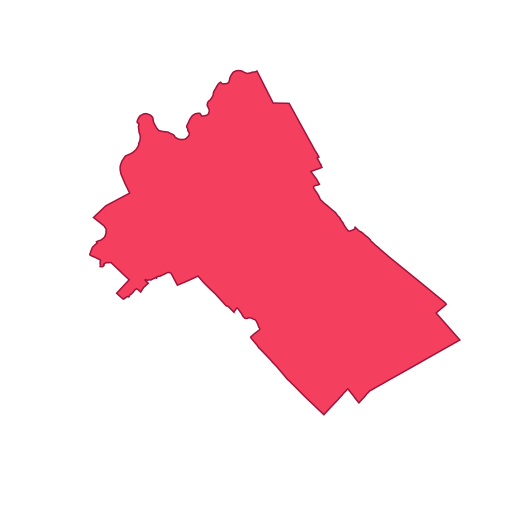 the district of Curtisoara, Olt, Romania, rotated 63°
{"feature_id": "2599482B14580718178390", "entity_name": "Curtisoara", "entity_type": "district", "adm_level": 2, "iso_a3": "ROU", "parent_name": "Romania", "parent_adm1": "Olt", "projection": "orthographic", "projection_center": [24.348, 44.485], "detail": "fine", "context": "isolated", "style": "filled", "palette": "rose", "viewbox_px": 512, "rotation_deg": 63, "n_neighbors": 0, "source": "geoboundaries", "source_scale": "gbopen_adm2", "svg_char_len": 6059}
<svg xmlns="http://www.w3.org/2000/svg" viewBox="0 0 512 512"><g transform="rotate(63 256 256)"><path d="M170.9,391.8L171.7,391.7L172.4,391.7L172.7,393.5L173.8,397.3L174.3,398.2L175.6,399.7L177.5,401.7L179.4,403.6L181.1,402.6L184.8,399.5L185.4,399.1L188.8,396.5L189.8,396.9L190.6,397.6L191.7,398.2L192.7,398.6L193.6,398.8L194.2,399.2L194.6,399.7L195.3,398.8L195.9,397.6L195.8,396.9L195.3,395.5L194.3,395.5L193.8,392.9L196.2,388.0L196.6,388.0L200.1,386.7L209.3,383.5L209.7,383.4L219.6,379.8L225.9,397.1L229.4,395.8L234.1,393.9L234.3,393.6L234.3,392.8L234.2,392.3L233.9,391.8L234.1,391.2L233.8,390.5L233.7,389.9L233.6,389.3L234.6,388.3L234.7,388.1L234.5,387.5L234.3,387.2L234.1,386.8L233.7,386.4L233.4,386.0L233.3,385.5L233.3,384.5L232.9,383.3L232.6,382.1L232.2,381.5L231.4,379.6L230.9,377.8L230.9,377.4L232.1,376.6L232.5,376.4L235.8,375.1L234.8,373.5L234.1,372.3L233.1,370.6L232.2,367.4L231.9,366.2L231.7,365.5L231.4,364.3L229.8,364.9L228.4,365.5L227.4,365.8L227.0,365.7L226.9,365.6L226.8,365.3L226.8,365.1L227.0,364.9L227.7,364.5L228.4,363.8L228.4,363.3L228.7,362.4L229.2,361.5L229.7,360.4L229.6,358.0L229.8,357.3L229.7,357.1L229.6,356.2L229.6,355.3L229.7,355.1L230.1,355.0L230.5,355.0L230.6,354.9L230.7,354.7L230.4,354.4L230.1,354.2L229.8,354.0L229.6,353.6L229.6,353.4L229.7,353.2L229.8,352.2L230.2,351.2L230.5,350.3L230.4,349.9L230.5,348.2L230.6,344.7L230.5,342.8L231.0,341.4L231.1,341.2L231.5,340.7L232.7,339.5L246.3,339.3L247.1,328.8L247.6,316.7L253.2,315.4L256.9,314.4L264.8,311.8L271.2,309.5L277.5,307.7L286.9,305.2L287.6,304.3L288.7,303.5L295.6,301.4L296.2,301.1L295.8,300.8L294.1,297.7L293.7,296.7L293.7,296.4L293.9,296.2L297.6,295.5L299.0,295.4L299.5,295.2L301.3,295.0L302.9,295.1L303.9,294.9L304.3,294.9L304.8,294.7L305.2,294.5L305.5,294.3L306.0,294.3L306.5,294.1L306.9,293.6L307.6,292.5L307.7,291.9L307.7,291.5L307.7,290.7L307.8,290.2L308.4,289.4L308.8,288.9L309.2,288.3L309.9,287.8L310.9,287.1L312.2,285.9L312.6,285.7L314.2,285.3L317.3,285.4L317.9,285.4L320.5,285.8L321.0,285.8L321.8,285.6L322.5,285.7L323.0,286.0L323.3,286.4L323.7,288.2L324.6,293.2L325.7,297.3L325.8,297.6L326.8,297.6L331.1,296.7L334.9,295.8L335.5,295.6L338.4,295.3L339.4,295.1L341.1,294.4L354.8,290.3L357.2,289.7L358.0,289.6L363.4,287.9L377.0,284.7L377.6,284.6L378.8,284.4L380.9,283.7L383.8,282.6L385.6,282.1L388.0,281.2L398.5,277.9L404.9,275.8L415.3,272.1L421.4,270.0L424.1,269.0L428.2,267.6L424.8,258.3L422.6,252.1L422.0,250.2L420.4,246.1L419.0,242.3L418.1,240.4L417.6,238.9L416.1,234.5L425.2,232.6L428.4,232.1L433.6,231.0L432.1,227.2L430.7,223.2L430.0,221.6L429.2,220.1L428.6,218.0L427.8,215.8L427.8,214.8L427.8,213.3L427.5,208.7L427.3,203.4L427.2,200.3L427.0,197.4L425.4,158.1L425.0,150.6L423.4,112.5L388.6,121.4L387.7,117.9L386.1,111.0L385.4,108.4L384.3,108.5L383.0,108.9L353.7,121.7L317.6,137.7L304.5,143.1L304.4,143.0L300.6,144.7L299.9,144.9L298.4,145.5L296.2,146.2L295.1,146.8L294.7,146.9L293.5,146.8L291.0,147.6L289.9,148.0L288.0,149.0L286.1,149.8L285.2,150.1L284.3,150.3L282.7,151.5L282.0,151.4L281.4,152.2L281.0,152.5L280.6,152.7L278.6,153.5L275.3,154.6L275.5,154.9L276.5,155.5L276.7,155.8L276.7,156.0L276.8,156.6L276.7,157.4L276.7,157.9L276.7,158.9L276.5,160.0L276.4,161.3L275.9,162.0L275.6,162.3L274.7,162.5L273.0,163.0L268.1,163.5L267.1,163.5L266.5,163.4L265.5,163.5L263.8,163.8L263.1,164.0L261.7,164.0L261.3,164.0L261.0,163.9L260.0,164.1L259.2,164.2L258.0,164.7L256.3,165.1L255.0,165.2L253.4,165.5L248.8,167.5L247.7,167.9L245.7,168.8L243.7,169.5L241.8,170.4L241.2,170.8L240.1,171.2L238.8,171.7L236.8,172.3L235.7,172.8L235.2,172.9L234.8,173.0L233.5,173.0L231.8,172.8L231.3,172.8L228.3,173.0L226.7,173.1L224.5,173.5L223.6,173.5L221.5,173.8L221.0,173.7L220.1,172.6L220.0,172.3L220.1,171.9L220.3,170.8L220.4,170.2L220.9,168.1L221.0,166.9L220.8,166.8L218.4,167.2L218.2,167.2L217.5,167.0L214.9,167.2L207.2,168.5L205.6,168.8L206.4,162.3L206.7,160.3L207.0,157.0L204.2,156.9L204.2,156.7L203.8,156.7L203.8,156.9L202.0,156.9L199.7,156.9L196.4,157.0L196.4,155.0L192.0,155.2L190.8,155.3L189.5,155.5L135.0,157.2L127.5,171.3L91.6,171.2L91.6,172.8L91.3,174.0L91.0,174.8L90.5,175.7L90.4,176.2L90.6,176.7L90.4,177.7L90.0,178.7L89.6,180.5L88.9,181.4L87.2,183.0L85.3,184.2L84.1,185.4L83.2,186.8L82.5,188.0L82.0,189.6L81.9,190.9L81.8,192.1L82.3,193.8L83.6,196.0L84.9,197.8L86.3,199.2L87.1,199.6L88.2,200.7L88.6,201.2L89.1,202.0L89.0,203.9L88.3,205.7L87.6,207.5L87.1,208.0L86.3,208.4L85.2,208.5L85.0,208.8L85.1,209.5L85.2,210.3L85.6,211.3L86.5,213.2L88.8,216.5L89.7,218.1L90.7,219.4L92.1,220.5L93.0,220.9L94.1,222.3L96.1,225.8L96.3,226.5L96.5,228.0L97.3,229.3L98.3,230.3L99.2,230.9L100.8,231.3L101.3,231.1L102.2,231.1L103.0,231.3L104.1,231.2L105.6,231.8L107.2,233.3L107.8,234.1L108.2,235.1L108.2,235.9L108.0,236.9L107.6,238.7L107.1,239.8L106.9,240.5L106.5,241.0L105.5,240.9L104.4,241.0L103.5,241.2L102.8,242.1L102.2,243.9L101.7,245.8L102.0,248.9L102.4,249.7L104.0,252.7L107.9,257.6L108.3,258.3L108.8,258.8L109.2,259.0L109.7,259.2L110.2,259.3L111.5,259.0L113.3,259.8L113.8,259.8L116.2,259.6L118.1,260.9L119.3,263.9L119.7,266.3L119.1,268.0L118.1,269.9L116.6,272.1L114.5,273.5L113.1,274.2L111.7,274.1L109.9,274.9L107.4,277.0L105.9,277.9L105.0,279.0L104.1,280.5L103.5,281.3L102.6,282.7L101.2,284.4L99.8,285.8L96.4,286.5L90.9,286.6L88.0,285.9L86.9,285.4L85.6,285.2L83.8,285.6L82.1,286.4L79.5,288.9L78.8,290.3L78.4,291.4L78.4,294.2L78.6,296.0L79.5,297.7L81.3,300.0L82.5,301.1L83.1,301.2L83.7,301.1L84.2,300.6L84.7,300.3L85.7,300.7L87.4,302.1L93.1,304.1L95.1,304.3L97.1,304.9L100.4,307.0L102.6,309.6L104.0,310.2L105.4,312.3L106.8,314.7L107.9,319.1L107.9,322.2L107.6,327.0L110.5,332.3L112.8,334.8L114.8,336.6L117.8,338.0L121.6,339.1L131.4,339.8L142.6,340.0L143.1,367.0L147.9,383.3L160.1,377.8L160.8,377.5L161.9,377.6L162.7,377.5L163.4,377.3L164.0,377.3L164.5,377.5L165.6,378.3L167.0,378.9L167.7,379.4L168.1,379.9L169.0,380.6L169.3,381.0L169.7,381.6L170.2,382.0L170.5,382.7L170.8,383.3L170.8,383.8L170.9,384.2L171.1,384.9L171.5,387.6L171.2,388.2L171.1,388.4L171.0,388.7L171.0,389.0L170.9,390.7L170.9,391.3L170.8,391.5L170.9,391.8Z" fill="#f43f5e" stroke="#9f1239" stroke-width="1.5"/></g></svg>